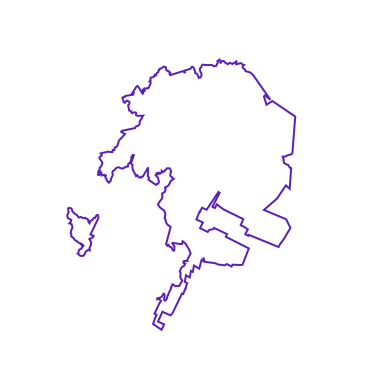 the district of San Juan Guichicovi, Oaxaca, Mexico, rotated 206°
{"feature_id": "50627088B47369730342586", "entity_name": "San Juan Guichicovi", "entity_type": "district", "adm_level": 2, "iso_a3": "MEX", "parent_name": "Mexico", "parent_adm1": "Oaxaca", "projection": "robinson", "projection_center": [-95.052, 17.105], "detail": "fine", "context": "isolated", "style": "outline", "palette": "violet", "viewbox_px": 384, "rotation_deg": 206, "n_neighbors": 0, "source": "geoboundaries", "source_scale": "gbopen_adm2", "svg_char_len": 6099}
<svg xmlns="http://www.w3.org/2000/svg" viewBox="0 0 384 384"><g transform="rotate(206 192 192)"><path d="M162.0,309.3L187.9,323.7L192.0,325.0L196.9,324.1L197.9,325.2L200.7,325.8L201.4,326.7L201.0,329.0L202.3,328.6L203.5,329.2L204.9,329.1L207.8,326.4L208.6,326.3L208.9,328.4L209.5,328.8L210.2,326.9L211.2,326.3L211.8,324.8L214.7,324.7L215.8,322.5L218.7,322.8L221.0,323.7L222.5,322.6L222.9,320.7L223.3,320.7L224.1,322.5L225.3,323.1L226.6,320.7L225.5,319.8L225.6,315.9L227.6,314.5L230.0,314.9L233.1,313.1L238.4,311.0L238.7,309.6L238.3,308.4L238.9,306.9L238.8,305.7L237.0,303.5L235.7,302.9L234.4,300.6L234.7,298.5L235.7,298.3L236.0,297.6L239.4,300.5L241.3,300.3L242.4,302.0L245.2,304.6L246.9,304.7L247.4,302.0L251.7,298.1L251.4,297.1L250.2,296.0L253.1,296.7L262.8,287.5L263.9,288.1L263.7,289.5L264.4,289.6L264.8,290.2L265.8,289.9L266.8,290.5L267.4,290.1L268.5,290.3L270.3,292.7L272.4,292.3L273.4,290.3L274.6,289.1L274.7,288.2L275.4,287.7L275.0,286.5L275.3,285.7L274.8,284.7L275.5,284.0L275.9,282.1L275.5,281.4L276.7,281.2L276.9,280.2L276.4,280.0L277.1,278.3L279.2,276.8L279.1,275.4L278.1,274.4L278.7,272.7L277.7,272.9L276.9,271.9L276.6,268.1L276.6,266.3L277.9,265.7L278.1,264.9L280.2,264.3L280.3,263.8L280.2,263.1L278.9,262.2L279.5,261.0L280.4,261.4L279.1,259.1L279.4,258.7L279.9,258.9L286.2,263.0L287.3,263.3L288.1,262.8L289.0,254.8L287.8,255.3L287.5,253.7L294.1,249.1L294.0,247.9L295.5,247.0L295.9,246.1L293.3,243.6L293.1,243.0L291.9,242.6L291.3,243.1L291.1,244.7L290.3,245.8L287.7,245.5L286.9,243.9L287.4,241.9L284.2,237.7L281.8,237.9L281.4,236.8L280.2,236.7L278.9,238.3L277.3,238.8L276.9,238.7L276.1,236.7L274.4,236.5L269.8,239.0L270.3,237.9L269.5,237.8L269.4,236.4L270.0,232.8L268.8,229.8L269.2,228.3L271.2,226.3L271.2,224.5L281.9,216.2L282.0,215.0L277.6,214.7L280.2,206.4L279.3,200.8L279.9,199.0L280.8,198.6L281.1,199.1L280.2,195.6L281.7,195.0L281.0,193.1L283.4,191.8L284.7,191.8L291.0,186.7L289.0,185.3L290.4,182.6L289.8,181.6L285.9,179.5L285.1,178.4L284.9,175.4L285.5,173.1L284.8,171.7L285.3,169.5L284.4,167.7L284.3,166.5L283.9,166.2L282.9,166.6L282.5,168.0L282.8,169.0L283.7,170.0L283.2,170.3L281.7,169.3L280.6,167.2L278.4,168.9L277.8,168.4L276.9,169.2L276.5,168.9L276.3,167.5L275.5,166.4L274.7,166.2L273.4,164.8L270.8,163.9L270.8,165.0L270.1,165.5L269.9,166.5L270.6,168.3L270.6,172.6L272.1,174.4L272.2,176.4L271.2,178.0L270.8,180.1L269.1,182.0L265.2,182.3L263.1,184.4L263.0,185.4L260.9,186.6L260.7,187.1L261.5,188.3L261.5,189.2L260.5,192.3L261.0,195.6L261.4,195.7L261.8,197.1L261.4,199.4L260.4,199.6L259.4,190.7L257.2,190.3L256.9,188.9L255.3,186.4L249.2,181.7L248.8,183.1L246.0,181.9L244.2,182.5L244.4,183.4L243.0,184.1L242.2,194.9L238.7,187.0L236.9,186.0L236.6,184.0L227.5,182.6L227.2,183.7L226.0,184.7L226.1,186.5L228.8,189.9L232.0,191.1L231.5,192.1L232.0,192.9L230.9,193.0L231.3,194.1L230.5,194.8L230.2,194.8L230.1,194.1L229.7,193.9L228.8,194.4L228.6,195.4L228.0,196.1L228.5,197.7L227.0,197.0L226.8,198.1L225.8,198.4L225.8,200.0L225.1,201.0L225.0,202.2L222.6,203.5L220.3,202.0L219.6,201.0L219.7,199.7L218.6,197.0L216.4,196.6L215.8,195.9L214.2,195.8L216.1,192.1L215.8,189.5L216.1,187.6L217.1,185.5L218.2,184.6L218.1,183.9L217.0,183.1L216.4,180.3L217.9,178.1L218.1,176.9L216.8,175.5L216.1,172.6L216.8,169.8L217.2,165.8L214.1,164.1L208.7,163.0L206.6,161.0L205.8,159.4L205.9,158.5L205.2,157.7L205.2,156.6L203.8,155.7L202.2,153.5L200.0,152.0L195.9,151.2L192.4,133.7L191.8,133.9L190.9,132.9L190.4,132.9L189.8,134.2L188.1,133.0L186.1,133.2L184.3,131.6L182.9,131.1L182.3,131.7L183.9,135.3L187.2,137.3L187.2,137.7L178.7,140.5L178.2,140.9L178.8,143.6L175.4,142.9L170.0,139.5L166.3,136.2L166.5,128.0L166.2,127.9L169.0,126.4L169.2,125.8L168.6,124.6L167.9,124.9L167.5,124.5L166.6,124.6L166.9,121.8L168.3,120.0L168.2,115.2L166.6,114.0L166.0,112.8L165.8,111.4L164.0,109.1L162.0,108.3L162.3,102.0L165.7,100.1L168.5,100.7L169.2,100.3L168.9,98.7L169.1,97.1L168.6,96.8L168.6,90.6L168.2,89.2L168.5,87.7L167.9,85.5L168.1,83.1L168.7,82.5L169.5,82.7L170.3,83.9L171.1,86.8L172.4,88.3L173.1,88.1L173.3,84.5L174.5,82.8L176.6,81.3L176.2,80.3L175.0,81.4L172.0,80.5L172.5,77.6L172.4,66.2L170.0,66.1L169.9,62.2L169.1,56.3L159.0,54.8L159.0,60.8L165.8,60.6L166.1,71.4L157.3,71.7L156.4,74.5L156.5,96.3L155.2,96.4L155.7,102.0L155.3,102.0L156.0,104.7L156.3,107.9L159.1,108.1L160.9,114.5L156.6,114.2L158.4,120.7L156.3,120.5L158.0,126.8L151.9,126.3L153.6,135.1L152.2,135.0L152.8,138.2L150.3,134.7L139.9,138.2L136.6,138.3L130.3,140.5L129.2,142.5L123.8,142.4L123.7,144.4L116.1,147.8L114.7,148.9L116.2,166.2L142.0,166.6L141.9,169.5L156.5,169.4L156.5,168.2L160.0,165.3L160.4,163.0L168.9,163.0L168.9,169.4L176.0,169.2L176.6,177.8L176.1,177.8L176.1,182.3L171.1,182.5L168.2,203.6L166.8,203.4L167.1,187.6L164.4,187.6L164.3,191.8L156.3,190.2L134.0,190.1L133.7,183.5L129.4,183.5L125.5,182.9L125.6,177.4L122.2,177.3L122.1,178.4L90.1,180.5L90.0,183.9L88.8,190.3L87.8,202.9L95.5,208.8L119.5,207.4L112.7,223.4L110.5,239.1L105.6,237.7L113.3,256.9L113.9,257.2L114.7,256.7L117.5,258.5L118.9,258.2L121.9,258.4L123.6,260.4L123.6,261.2L124.8,262.0L125.0,262.9L125.9,263.6L123.4,265.0L122.8,266.3L119.6,269.1L118.7,270.7L132.3,305.1L159.7,309.0L163.3,303.1L169.2,309.4L168.8,310.8L162.0,309.3ZM261.5,91.6L259.8,94.8L258.3,94.7L259.6,97.1L259.7,100.5L260.8,102.9L262.1,103.6L262.5,104.5L263.4,104.4L263.7,104.8L261.8,106.9L260.9,108.8L261.1,109.4L264.6,109.3L264.7,127.3L265.3,128.7L266.6,130.1L267.2,129.8L267.6,129.0L267.9,126.1L268.6,125.9L269.0,125.3L269.2,123.4L270.6,121.3L270.4,119.0L272.0,119.7L272.9,121.3L274.2,121.9L275.7,121.7L276.8,122.0L278.3,120.7L281.0,120.9L282.5,119.4L285.1,120.7L287.8,121.1L290.9,122.1L292.7,124.1L293.5,124.3L295.2,124.1L296.2,122.9L294.0,119.6L293.9,116.4L292.4,114.2L288.3,114.0L287.9,112.7L288.5,110.0L286.2,110.4L283.8,107.6L283.8,104.9L283.4,102.5L282.1,101.5L281.2,99.3L278.0,98.6L277.3,97.9L275.9,97.4L274.0,97.4L271.6,96.6L270.4,96.9L268.9,96.2L268.5,96.3L268.6,96.9L267.3,96.8L267.4,97.3L267.0,96.5L266.0,96.2L266.0,95.4L266.9,95.0L266.5,92.6L267.9,91.0L268.0,89.3L267.1,86.8L267.5,86.5L264.6,85.7L262.4,86.4L261.6,87.2L261.1,90.0L261.5,91.6Z" fill="none" stroke="#5b21b6" stroke-width="2"/></g></svg>